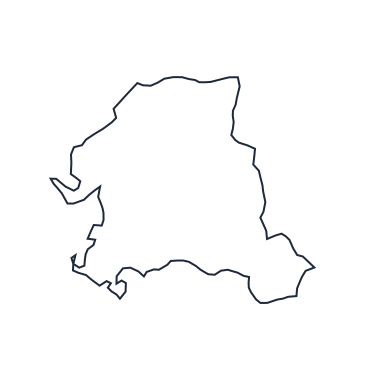 outline of Jaboti, Paraná, Brazil, rotated 197°
{"feature_id": "56859067B82658845129060", "entity_name": "Jaboti", "entity_type": "district", "adm_level": 2, "iso_a3": "BRA", "parent_name": "Brazil", "parent_adm1": "Paraná", "projection": "albers", "projection_center": [-50.077, -23.72], "detail": "fine", "context": "isolated", "style": "outline", "palette": "slate", "viewbox_px": 384, "rotation_deg": 197, "n_neighbors": 0, "source": "geoboundaries", "source_scale": "gbopen_adm2", "svg_char_len": 1921}
<svg xmlns="http://www.w3.org/2000/svg" viewBox="0 0 384 384"><g transform="rotate(197 192 192)"><path d="M61.7,123.0L63.3,130.6L62.8,136.2L62.1,142.7L60.3,149.8L52.9,155.6L67.1,162.7L73.0,162.5L78.6,167.5L84.8,174.7L89.5,177.1L94.2,178.3L99.5,174.8L106.5,169.0L109.7,176.6L114.6,182.3L119.1,187.4L117.9,194.1L118.9,203.8L124.1,213.3L126.7,219.2L130.4,225.2L134.3,231.9L141.4,236.1L143.0,245.0L144.4,251.8L152.6,252.8L161.5,252.9L165.9,254.4L171.1,258.0L171.4,264.4L172.6,271.1L175.3,276.8L176.6,281.6L175.8,288.4L176.6,295.0L177.3,307.0L181.7,315.1L189.7,312.7L195.0,309.6L206.4,302.7L211.8,300.7L217.2,299.1L221.8,300.0L228.1,299.1L235.0,298.9L243.5,296.4L251.7,292.2L256.6,286.7L262.5,281.6L270.2,279.7L276.1,280.2L282.8,266.6L287.4,256.8L291.3,248.6L286.2,240.7L289.0,235.3L295.6,226.4L302.5,218.7L308.7,211.1L310.9,204.6L318.0,200.3L318.7,192.6L315.9,184.7L313.1,173.7L306.5,171.5L302.0,169.6L302.0,162.6L305.4,158.7L314.6,160.2L325.7,164.9L331.1,163.4L326.4,159.2L322.4,156.8L316.1,152.7L307.7,144.6L302.0,146.3L293.1,152.9L289.2,159.7L285.7,164.8L281.5,170.4L280.3,159.9L276.1,154.8L272.9,150.5L270.6,146.3L268.4,139.4L268.5,133.5L276.3,131.7L277.1,126.0L278.1,116.8L270.6,118.1L270.7,112.6L274.9,106.8L275.5,101.3L274.7,96.3L273.4,90.1L277.7,86.7L284.5,88.6L282.9,82.2L276.9,81.5L269.0,81.6L262.8,78.9L253.0,75.4L247.6,81.8L242.9,81.0L244.5,75.9L239.9,73.4L234.2,71.9L229.7,68.9L226.4,77.3L228.6,85.6L233.5,86.7L237.4,82.2L239.4,89.4L235.7,98.8L228.8,101.6L220.1,100.4L213.3,97.2L212.0,102.3L205.9,106.8L200.9,108.0L194.3,115.2L192.2,119.8L185.9,122.2L180.4,123.9L174.6,124.3L166.6,122.4L160.9,120.1L152.4,118.1L146.1,119.5L141.3,125.2L135.1,128.1L130.4,128.1L124.8,128.2L118.1,126.9L112.6,127.4L111.4,122.0L109.7,117.1L106.2,113.3L99.3,108.0L94.1,105.9L87.5,108.0L79.1,114.0L73.9,116.6L69.4,119.9L61.7,123.0ZM284.5,88.6L285.0,97.5L288.0,93.7L284.5,88.6Z" fill="none" stroke="#1e293b" stroke-width="2"/></g></svg>